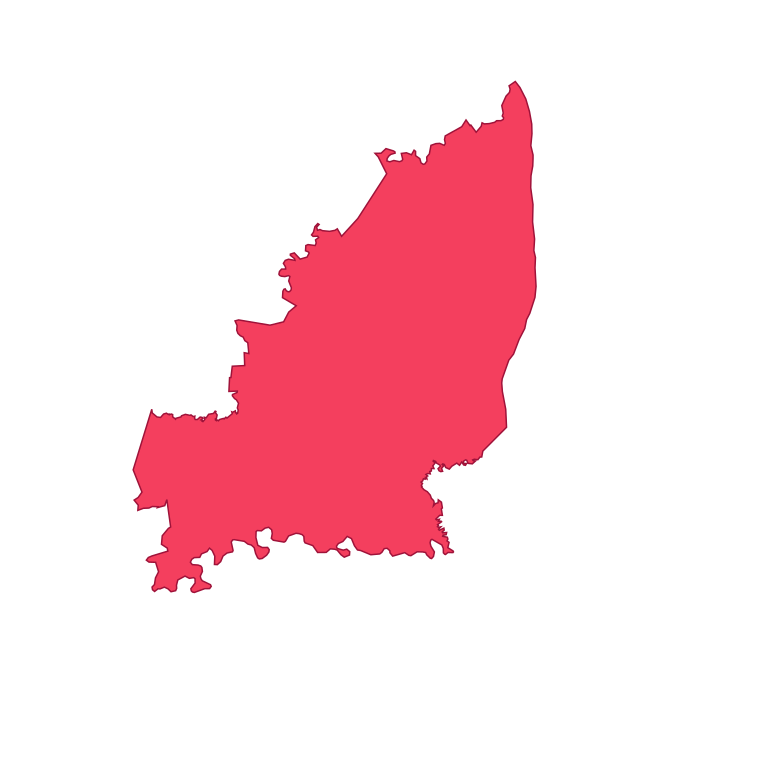 Uthungulu, KwaZulu-Natal, South Africa, rotated 314°
{"feature_id": "47623444B51210648784187", "entity_name": "Uthungulu", "entity_type": "district", "adm_level": 2, "iso_a3": "ZAF", "parent_name": "South Africa", "parent_adm1": "KwaZulu-Natal", "projection": "robinson", "projection_center": [31.342, -28.763], "detail": "fine", "context": "isolated", "style": "filled", "palette": "rose", "viewbox_px": 768, "rotation_deg": 314, "n_neighbors": 0, "source": "geoboundaries", "source_scale": "gbopen_adm2", "svg_char_len": 6151}
<svg xmlns="http://www.w3.org/2000/svg" viewBox="0 0 768 768"><g transform="rotate(314 384 384)"><path d="M438.0,502.2L450.4,489.1L460.8,474.4L466.5,468.0L469.9,465.4L487.9,457.2L495.5,456.4L510.0,450.2L521.7,446.7L529.4,441.8L536.1,439.8L551.2,432.4L559.8,425.6L572.5,411.9L580.2,405.1L584.1,399.1L592.9,391.6L603.8,378.3L616.6,366.5L627.1,353.2L635.9,345.1L644.1,339.6L649.6,334.7L652.3,332.1L657.4,324.1L666.8,316.6L673.6,309.7L681.1,299.3L687.5,288.1L691.7,275.9L692.8,268.3L685.4,266.8L683.7,269.9L680.9,271.7L675.9,271.8L666.1,275.3L661.7,281.6L658.9,282.9L658.6,285.1L657.2,286.0L654.7,285.2L651.6,282.1L649.1,281.8L644.4,278.8L640.8,275.5L640.0,273.1L636.9,274.9L629.1,275.4L630.6,266.6L629.6,266.5L630.9,259.6L623.1,261.2L605.0,255.7L601.8,257.8L599.7,261.0L597.5,261.5L595.8,256.9L592.9,254.3L588.3,252.0L581.0,256.8L576.9,257.1L574.2,260.0L570.6,260.5L569.3,259.6L568.8,257.0L571.0,253.2L570.2,248.1L573.3,245.1L573.1,243.2L568.0,244.5L565.9,239.5L561.9,236.3L558.6,241.4L557.0,241.8L554.7,240.7L551.6,235.8L547.8,233.8L546.5,231.1L548.5,229.6L551.4,229.1L553.9,229.4L557.8,231.6L558.6,230.5L558.2,228.8L554.7,221.9L548.0,221.6L543.7,217.3L543.4,222.0L537.1,239.9L484.9,250.2L460.8,250.9L463.2,242.6L460.5,242.0L456.0,238.8L451.6,233.3L450.6,230.6L448.4,229.4L450.0,226.6L453.7,226.5L453.4,224.9L449.2,225.0L444.2,227.8L440.9,228.3L440.9,230.4L444.3,233.7L443.9,235.3L440.1,234.6L438.3,237.3L435.8,238.3L431.5,232.5L429.3,231.6L425.3,235.0L426.5,237.9L426.2,239.2L421.9,240.5L415.6,236.9L416.0,228.4L412.4,226.4L411.5,227.2L412.0,232.6L411.1,234.1L407.4,228.6L404.3,227.1L400.9,227.8L399.8,231.8L398.4,233.4L395.5,230.5L392.4,230.6L390.0,232.1L389.6,233.4L390.2,235.2L392.4,238.1L395.6,240.0L396.0,241.6L391.9,243.9L388.9,250.5L387.2,251.8L384.9,251.9L383.8,251.0L383.2,249.0L383.8,246.8L382.6,246.2L380.5,246.8L375.6,251.0L379.3,266.5L369.6,265.5L359.0,268.6L347.1,261.1L329.1,234.9L325.9,233.0L324.0,237.7L320.4,240.7L318.9,243.8L318.9,247.1L319.9,250.1L318.5,253.8L319.1,257.3L312.0,265.6L309.4,261.7L300.5,271.0L291.4,262.5L282.3,269.4L281.3,268.5L270.9,277.6L277.0,283.4L275.9,284.2L271.2,282.3L270.2,283.1L269.7,286.6L270.1,288.8L269.1,292.7L264.9,295.1L264.0,297.2L261.2,299.1L260.3,298.8L260.9,298.2L260.2,297.3L261.4,295.7L258.5,294.8L258.2,293.9L257.3,295.5L250.4,294.7L250.3,293.3L247.8,293.2L247.7,292.4L244.1,290.3L242.6,290.5L242.3,289.2L241.3,289.1L241.0,287.8L241.8,287.0L242.4,287.6L245.8,285.5L246.3,282.7L247.5,282.2L247.2,281.4L244.4,281.8L240.4,278.9L236.2,279.6L235.3,277.9L234.0,279.8L231.2,279.9L230.8,279.1L231.6,278.6L231.0,277.3L233.7,277.6L233.6,276.3L232.5,274.7L228.8,274.4L227.3,272.9L227.8,271.5L229.5,270.3L228.0,269.3L227.7,266.6L226.7,266.3L224.2,262.2L220.5,260.4L219.3,260.8L214.7,258.1L213.9,258.5L213.6,254.8L215.2,253.2L214.6,251.8L212.7,250.9L213.1,250.2L212.2,249.7L211.9,247.8L209.3,246.3L204.7,246.5L202.6,243.6L202.2,237.4L204.5,234.5L148.0,263.2L138.1,285.0L131.6,286.0L126.9,284.9L126.1,291.4L122.1,294.7L127.5,297.3L131.5,301.1L134.9,302.4L138.7,306.6L137.7,306.9L144.2,310.8L150.0,308.1L132.9,329.9L130.4,329.2L120.8,329.9L114.1,335.3L115.4,342.1L113.6,344.6L99.1,336.5L95.5,335.0L92.2,335.4L92.6,338.6L97.1,343.6L92.3,352.3L85.8,354.3L80.3,358.2L76.8,358.2L75.2,360.4L75.4,363.1L79.7,363.7L81.0,365.2L85.3,367.1L86.6,370.9L86.6,375.1L90.6,377.7L93.0,376.8L95.1,374.5L99.8,371.8L107.6,374.3L109.0,379.0L112.5,381.6L112.7,383.3L109.6,386.4L102.5,387.3L101.3,389.1L101.3,390.7L102.3,392.4L112.2,397.2L115.7,400.7L118.4,400.3L119.1,398.6L116.2,389.9L116.8,387.4L118.2,385.3L123.0,383.6L125.5,380.5L125.8,378.6L124.6,376.0L120.9,371.6L121.3,368.5L124.4,367.5L127.3,368.1L131.3,371.9L135.0,370.7L140.5,373.1L144.7,372.5L144.9,376.0L142.6,381.9L136.4,387.4L138.3,389.6L142.8,389.9L148.4,387.7L153.4,388.5L158.0,391.6L159.4,391.1L164.2,383.9L166.7,383.4L168.0,384.4L173.8,392.8L174.3,397.3L176.0,400.4L176.1,404.3L172.9,409.4L171.2,413.9L171.5,415.8L173.9,417.6L179.3,418.5L183.2,417.9L185.1,416.5L185.6,413.8L181.8,410.0L180.3,405.3L184.6,398.5L189.0,394.5L190.5,394.6L193.2,397.8L197.8,398.6L200.8,400.6L201.1,404.4L198.8,407.5L194.7,410.2L194.7,412.9L200.8,421.9L202.3,422.4L208.4,420.9L215.5,424.4L217.4,426.9L218.8,429.8L218.7,432.2L215.5,435.8L214.9,437.6L218.3,445.0L216.7,453.3L222.7,459.4L228.1,459.9L230.9,463.3L232.0,465.7L231.3,471.7L231.8,475.7L237.0,478.0L239.6,475.8L239.3,471.9L236.2,470.1L233.6,465.3L233.3,463.8L234.5,462.4L237.6,462.0L242.1,463.8L248.8,463.4L250.2,468.0L247.1,475.1L246.2,480.2L248.0,482.9L252.0,493.1L258.8,499.0L261.4,499.4L265.7,498.5L268.0,500.4L268.1,504.0L266.7,505.6L266.2,509.8L277.1,516.1L278.0,520.9L279.2,522.6L286.3,524.4L290.0,528.4L291.7,531.0L290.8,533.4L290.8,538.3L291.5,539.5L294.3,539.4L298.2,536.9L299.9,530.4L301.8,527.4L304.2,526.1L305.6,526.4L308.4,537.4L306.9,540.9L303.8,544.0L303.7,546.0L304.1,546.7L307.2,547.0L310.6,550.7L311.5,550.6L311.9,549.6L310.6,543.6L315.3,540.8L314.9,538.3L316.8,537.7L317.8,536.0L315.2,532.0L316.3,531.5L318.8,533.4L320.7,532.2L317.7,529.5L318.0,528.6L320.7,528.8L321.9,527.2L317.2,525.4L317.4,524.1L320.7,524.1L318.8,522.7L318.5,521.6L320.1,521.4L320.1,520.2L324.9,521.1L325.0,520.4L323.0,518.5L325.2,517.8L322.7,516.1L322.8,515.1L328.2,515.3L330.1,517.2L334.0,512.0L335.4,512.1L338.9,507.4L338.4,503.5L336.1,505.4L333.8,504.1L330.7,504.2L333.7,502.3L334.6,500.6L334.7,497.4L336.2,494.5L336.6,490.0L335.7,486.1L336.0,482.5L336.8,482.5L337.1,481.2L339.2,480.8L339.2,478.8L341.2,479.1L343.2,478.2L344.1,479.7L345.2,478.9L345.5,480.8L347.0,478.8L348.2,479.3L348.1,477.0L350.1,477.7L351.5,479.7L352.8,477.7L354.3,478.5L356.1,476.8L357.9,478.7L359.0,476.0L362.8,475.6L362.6,473.0L363.3,472.7L364.2,474.9L363.6,476.7L364.5,480.6L364.0,481.7L360.6,481.7L359.8,483.9L360.4,485.7L361.9,486.8L363.3,484.0L366.5,483.8L366.6,481.7L367.4,481.8L368.0,483.3L366.8,486.4L368.1,490.1L372.0,489.9L377.6,491.3L378.0,494.8L381.9,494.1L381.1,497.5L382.1,499.1L384.2,498.6L382.5,496.9L382.7,495.5L383.8,494.9L386.1,495.4L386.6,496.5L385.3,499.6L387.9,503.0L392.1,503.3L390.8,501.3L391.0,500.5L392.6,501.2L394.7,504.1L398.1,503.8L399.4,505.0L404.4,501.7L438.0,502.2Z" fill="#f43f5e" stroke="#9f1239" stroke-width="1.5"/></g></svg>